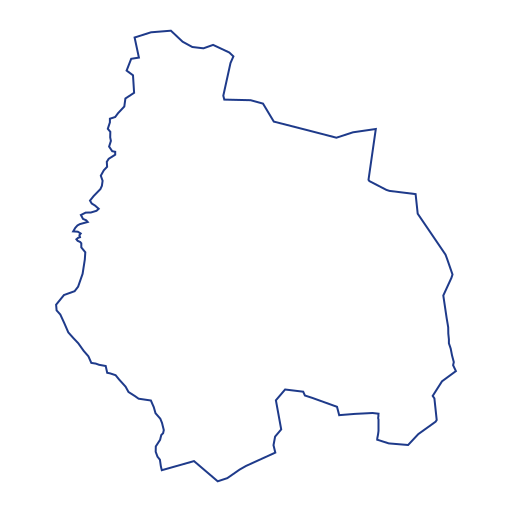 the district of Ibarapa North, Oyo, Nigeria
{"feature_id": "59680162B62922932811240", "entity_name": "Ibarapa North", "entity_type": "district", "adm_level": 2, "iso_a3": "NGA", "parent_name": "Nigeria", "parent_adm1": "Oyo", "projection": "albers", "projection_center": [3.131, 7.658], "detail": "fine", "context": "isolated", "style": "outline", "palette": "blue", "viewbox_px": 512, "rotation_deg": 0, "n_neighbors": 0, "source": "geoboundaries", "source_scale": "gbopen_adm2", "svg_char_len": 2355}
<svg xmlns="http://www.w3.org/2000/svg" viewBox="0 0 512 512"><path d="M118.1,113.1L115.2,117.0L112.5,117.9L109.9,118.7L109.9,122.4L107.8,128.8L110.3,131.8L110.2,137.4L110.9,140.9L109.1,146.6L112.2,151.2L115.2,151.8L115.2,154.7L108.7,158.8L106.8,161.8L107.1,166.8L103.8,170.3L100.8,175.7L102.6,180.8L101.9,185.8L100.4,189.1L93.6,196.1L90.0,200.6L91.7,203.5L95.1,205.6L98.7,208.8L96.5,210.8L90.9,212.5L85.7,212.6L80.9,215.0L83.0,218.9L86.2,220.3L87.7,222.0L79.9,224.1L77.5,225.4L75.3,227.8L73.2,231.4L77.8,231.7L80.7,233.5L79.4,235.2L80.0,237.2L78.2,237.8L76.4,239.3L77.6,240.8L80.2,242.0L81.3,243.3L81.3,247.4L85.3,252.3L84.8,259.6L82.6,273.8L78.1,286.7L74.6,291.2L64.0,295.0L56.1,304.7L56.6,310.4L60.3,314.5L64.4,323.4L68.3,332.4L73.1,337.8L78.3,343.3L83.7,350.9L88.4,356.3L91.3,362.9L95.1,363.5L95.5,363.5L99.1,364.8L105.7,366.0L107.2,372.8L110.2,373.4L115.6,375.2L119.1,379.5L125.6,386.7L128.5,392.0L135.1,396.2L138.6,398.7L150.9,400.5L152.3,403.8L153.8,407.2L155.5,413.2L160.3,418.7L162.0,422.9L163.8,430.1L163.1,433.2L161.3,435.0L160.5,438.1L160.1,439.8L155.8,446.4L155.7,451.8L157.5,456.7L159.9,459.7L160.8,465.9L161.0,466.9L161.8,470.2L194.0,461.1L217.7,481.3L226.8,478.3L227.2,478.2L239.6,469.6L246.1,465.9L275.3,452.6L273.5,445.2L275.1,436.6L281.2,429.4L275.9,400.3L285.1,389.5L303.2,391.7L304.9,395.5L312.3,397.9L337.0,406.8L339.2,415.2L339.8,415.1L354.8,413.9L372.5,413.0L378.5,413.7L378.4,414.5L378.4,415.6L378.4,416.3L378.2,417.3L378.2,418.5L378.5,419.4L378.5,420.1L378.5,421.2L378.5,422.3L378.5,423.8L378.5,426.1L378.5,427.6L378.5,429.2L378.5,430.9L378.2,433.3L377.9,435.2L377.6,436.7L377.3,438.2L377.2,439.7L388.8,443.4L408.1,445.0L418.3,434.1L435.6,421.7L436.7,420.0L434.4,398.4L432.7,395.9L442.0,381.3L455.9,371.1L453.1,365.2L453.8,362.1L452.0,355.3L450.7,348.6L448.9,343.3L448.9,339.4L448.3,333.6L448.2,327.4L447.8,324.9L446.6,317.8L443.3,295.5L451.4,277.9L452.5,274.5L447.0,258.6L445.5,254.6L417.7,213.7L415.6,194.1L389.5,190.9L386.4,189.9L369.4,181.1L368.5,179.8L375.8,129.0L353.0,132.3L336.4,137.7L307.9,130.3L273.8,121.6L263.0,103.6L250.6,100.2L224.3,99.6L223.3,95.7L230.5,63.0L233.4,56.4L229.3,52.5L213.1,44.9L203.5,48.3L201.6,48.1L192.3,47.0L182.6,41.7L170.9,30.7L151.0,32.3L134.6,37.5L138.9,57.6L131.2,58.8L126.6,70.6L133.0,75.3L134.1,92.8L125.4,98.5L124.3,106.5L118.1,113.1Z" fill="none" stroke="#1e3a8a" stroke-width="2"/></svg>